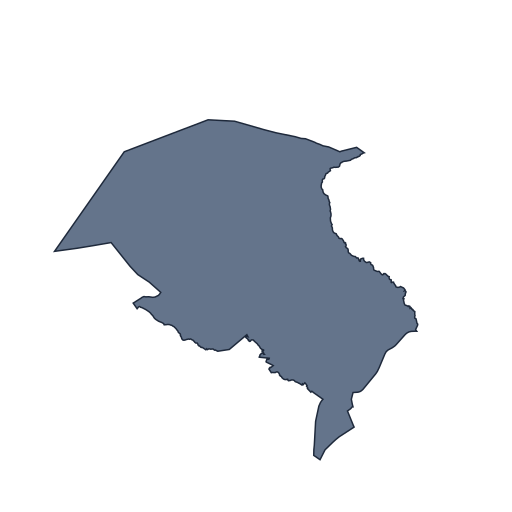 Tlalpan, Distrito Federal, Mexico, rotated 120°
{"feature_id": "50627088B11005238011149", "entity_name": "Tlalpan", "entity_type": "district", "adm_level": 2, "iso_a3": "MEX", "parent_name": "Mexico", "parent_adm1": "Distrito Federal", "projection": "natural_earth1", "projection_center": [-99.188, 19.201], "detail": "fine", "context": "isolated", "style": "filled", "palette": "slate", "viewbox_px": 512, "rotation_deg": 120, "n_neighbors": 0, "source": "geoboundaries", "source_scale": "gbopen_adm2", "svg_char_len": 6100}
<svg xmlns="http://www.w3.org/2000/svg" viewBox="0 0 512 512"><g transform="rotate(120 256 256)"><path d="M162.0,365.6L231.6,422.2L352.7,432.8L338.9,415.0L328.2,401.9L316.8,388.2L327.9,359.9L331.2,349.1L332.0,335.4L335.1,320.3L337.0,320.4L338.9,320.8L342.0,322.9L343.4,324.7L344.9,328.5L346.5,331.0L347.1,332.7L347.5,333.1L348.8,334.0L350.0,334.5L358.2,338.8L361.1,332.6L360.0,332.4L359.2,332.4L358.1,331.8L357.9,331.2L358.1,330.3L357.7,328.9L357.5,324.4L357.8,320.5L358.2,318.7L358.8,317.4L359.2,315.7L360.6,313.0L361.0,311.4L361.2,307.7L360.7,304.3L360.7,302.7L360.8,301.9L361.5,301.3L361.5,301.1L360.2,299.2L359.6,298.5L358.7,296.8L358.4,295.0L358.1,294.3L358.3,293.0L358.2,291.4L358.4,291.0L358.9,288.9L359.4,288.0L360.0,286.2L361.0,285.0L361.3,282.8L361.5,282.5L361.9,282.3L362.2,281.8L362.8,281.7L363.6,280.1L364.8,278.9L365.3,277.5L365.3,277.0L364.7,275.9L363.9,275.1L363.1,274.5L361.5,272.7L361.4,272.0L360.5,271.1L360.6,269.5L360.4,268.5L360.8,267.4L360.8,266.8L361.3,266.0L361.3,265.7L361.5,264.7L360.8,263.3L361.1,262.7L362.1,261.6L362.0,261.0L362.4,260.3L362.1,260.1L362.1,259.8L362.6,258.2L362.6,257.8L362.3,257.6L362.3,257.1L362.0,256.7L362.3,252.5L361.0,252.3L361.3,251.2L360.2,250.6L359.8,250.1L359.4,248.7L358.2,247.0L358.0,246.2L358.3,245.1L358.2,244.6L357.7,244.1L357.7,242.3L357.5,241.8L357.6,241.5L350.3,232.4L328.7,224.6L329.9,222.7L330.0,223.3L330.7,224.7L330.9,224.8L331.3,224.7L331.8,223.5L331.9,222.3L332.4,220.3L332.6,220.1L332.8,220.5L333.0,220.2L333.0,219.7L333.2,219.0L333.0,218.6L332.6,218.3L331.4,218.2L330.9,217.9L330.4,217.1L330.1,216.1L330.6,215.0L331.4,210.9L332.1,209.6L332.3,208.4L333.8,205.7L333.8,204.8L334.0,204.3L333.6,203.0L333.7,202.3L333.9,202.3L334.1,203.0L335.3,203.3L335.5,203.0L335.2,202.6L335.2,202.3L336.0,201.5L336.3,200.7L336.8,200.6L337.0,199.7L337.3,200.1L336.8,201.3L336.7,201.8L337.4,202.5L339.5,203.1L340.0,203.0L340.8,202.7L341.4,202.8L341.6,202.6L342.0,202.5L337.9,193.4L338.4,193.2L339.0,193.3L339.5,194.0L339.8,194.9L340.5,194.9L342.6,194.4L342.7,193.6L342.3,188.1L342.3,186.3L344.9,187.3L345.0,187.7L345.3,188.1L345.8,188.2L345.7,188.0L345.8,187.9L346.5,188.2L347.5,188.2L349.4,184.4L348.8,183.8L348.0,182.2L347.7,181.8L347.5,181.2L345.9,180.1L345.7,179.6L345.7,178.4L346.3,177.0L346.9,176.4L347.1,176.1L347.4,176.0L347.4,175.4L347.8,175.0L347.7,173.9L348.2,172.8L348.4,172.7L348.8,170.6L348.6,169.3L348.0,168.1L347.3,167.6L346.9,166.9L347.7,166.1L347.8,165.5L346.7,164.1L345.6,163.3L344.8,161.8L344.7,160.6L345.2,159.2L344.7,156.7L344.8,155.5L344.6,155.2L344.8,151.6L344.7,151.5L343.5,151.8L343.7,150.7L341.4,150.3L341.7,149.2L342.7,147.0L343.5,147.1L344.2,145.5L344.6,145.2L345.1,145.2L346.4,140.7L346.5,140.4L345.2,140.0L345.6,137.3L346.6,126.4L349.0,126.8L350.8,126.9L354.6,126.5L368.2,122.1L369.6,121.6L390.7,110.9L394.9,109.0L399.8,106.3L400.4,98.7L389.3,99.3L379.1,96.4L375.0,95.1L370.8,93.5L355.1,85.5L353.9,87.2L344.5,99.3L341.0,97.7L338.4,97.2L338.1,96.6L336.2,98.5L332.4,101.8L325.7,103.7L323.3,100.1L322.5,99.1L321.2,98.0L320.1,97.4L318.1,96.7L298.2,93.4L295.3,93.2L291.2,93.5L276.3,95.4L273.7,95.4L271.3,94.6L267.3,92.1L264.5,90.8L262.7,90.3L249.7,87.6L248.3,87.2L246.9,86.6L245.3,85.6L243.7,83.9L241.5,80.5L240.8,79.2L240.1,80.7L239.8,81.0L235.4,81.4L234.5,81.7L234.1,81.9L233.8,82.9L230.5,85.9L230.3,86.3L230.5,87.3L230.3,87.6L229.1,88.3L228.2,88.4L227.1,89.4L224.7,90.7L224.6,92.5L224.3,92.7L224.2,94.0L223.9,93.9L223.8,94.8L223.3,95.8L224.3,96.4L223.4,97.2L222.7,97.4L222.8,98.6L223.2,98.5L223.7,98.9L223.5,99.3L223.6,101.0L224.0,102.1L223.8,102.7L223.0,103.9L220.0,106.6L219.5,106.4L219.1,106.4L219.1,106.8L219.4,107.2L219.3,107.5L217.6,107.8L215.6,107.1L213.4,108.1L213.0,107.9L212.0,108.2L211.3,109.6L211.8,110.0L210.8,110.0L210.1,111.6L209.9,112.3L210.2,115.6L210.7,115.8L211.5,116.4L212.4,117.6L212.5,118.4L212.8,119.0L212.6,119.6L211.9,120.2L211.3,121.7L210.3,123.5L209.9,123.8L210.1,124.4L210.8,125.1L211.2,125.2L211.3,125.6L211.0,125.9L209.1,126.9L209.0,127.3L209.4,128.1L209.4,128.7L208.3,129.9L207.3,130.3L207.5,131.8L206.8,134.2L206.7,135.5L207.3,136.4L207.5,136.2L207.9,136.4L208.6,136.9L208.8,136.8L209.2,137.3L209.0,138.5L207.7,141.7L208.1,142.4L208.4,142.6L208.8,143.4L209.2,146.6L208.9,147.3L207.3,148.4L205.8,150.2L205.7,150.8L205.9,152.0L205.3,152.9L204.5,153.3L204.4,154.6L204.5,155.0L206.3,156.8L206.5,157.5L206.3,159.4L205.9,160.2L205.4,160.9L204.2,161.7L204.7,162.6L206.2,163.8L207.1,163.8L208.1,163.1L208.4,163.0L208.7,163.4L208.7,163.9L207.9,165.0L206.7,166.4L206.9,167.2L207.4,167.9L206.8,169.7L207.4,171.0L207.7,173.7L207.5,174.1L206.9,175.9L206.9,177.3L206.8,177.6L205.9,178.5L205.1,178.9L204.0,179.8L203.7,180.7L203.7,182.0L203.1,183.2L202.3,183.0L201.9,183.2L201.0,183.8L200.9,184.4L200.7,184.8L200.0,184.8L199.8,185.6L200.2,186.1L200.3,186.4L199.1,187.9L198.1,190.0L198.1,190.6L198.3,191.2L198.9,191.8L199.1,193.1L198.5,193.7L198.1,194.7L197.8,196.0L196.6,197.7L196.9,199.2L196.9,200.1L196.6,201.0L195.9,202.1L194.6,203.3L193.6,203.8L192.9,204.6L192.3,205.7L190.7,205.8L190.2,206.9L188.5,208.9L185.8,210.7L183.8,211.1L182.0,212.1L180.2,213.8L180.0,214.3L178.3,214.8L176.0,216.7L175.5,217.5L174.3,218.5L172.7,218.9L172.4,219.7L171.3,220.6L170.6,221.4L170.2,222.2L169.6,222.7L168.9,223.1L168.1,223.9L168.3,226.3L168.0,228.5L167.8,228.6L167.4,229.5L165.8,231.0L165.3,231.3L165.1,232.3L164.0,233.8L162.6,234.7L159.8,235.7L158.8,235.5L158.4,235.7L157.0,236.6L156.1,236.6L155.7,236.4L155.3,235.8L154.0,235.6L153.0,236.2L151.8,236.2L149.7,236.5L149.4,236.4L148.5,235.5L148.1,235.4L147.6,235.5L144.9,234.2L143.6,235.4L143.1,235.5L142.6,235.2L141.0,233.5L140.2,233.0L139.5,231.5L137.8,229.1L136.4,228.6L134.4,229.2L133.0,229.2L132.1,228.4L131.5,228.4L130.1,227.2L129.3,226.2L128.8,225.4L125.8,222.0L124.7,221.8L122.6,220.1L121.8,219.9L120.5,218.1L120.0,218.0L119.3,217.3L118.9,217.4L118.1,216.5L116.9,216.0L116.0,216.4L114.6,215.3L113.2,214.6L112.5,213.9L111.6,223.2L122.5,234.5L123.8,235.5L125.2,247.6L127.1,253.1L127.4,256.5L128.1,260.1L128.1,261.8L129.7,271.8L131.6,275.7L133.1,281.8L139.3,300.3L142.6,312.3L150.0,342.0L162.0,365.6Z" fill="#64748b" stroke="#1e293b" stroke-width="1.5"/></g></svg>